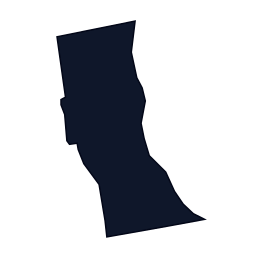 the district of Seneca, New York, United States of America, rotated 352°
{"feature_id": "52423323B61802346265036", "entity_name": "Seneca", "entity_type": "district", "adm_level": 2, "iso_a3": "USA", "parent_name": "United States of America", "parent_adm1": "New York", "projection": "orthographic", "projection_center": [-76.822, 42.783], "detail": "fine", "context": "isolated", "style": "filled", "palette": "ink", "viewbox_px": 256, "rotation_deg": 352, "n_neighbors": 0, "source": "geoboundaries", "source_scale": "gbopen_adm2", "svg_char_len": 484}
<svg xmlns="http://www.w3.org/2000/svg" viewBox="0 0 256 256"><g transform="rotate(352 128 128)"><path d="M70.4,27.8L70.4,88.8L65.6,90.5L64.9,95.7L67.2,105.8L65.7,132.1L67.8,136.0L75.5,136.0L75.7,142.4L79.3,157.2L91.5,179.8L92.4,216.7L91.9,232.9L155.6,230.6L191.1,229.1L180.7,221.9L172.0,211.0L165.2,197.2L159.2,176.9L145.2,158.4L142.5,140.6L141.6,125.1L148.9,103.6L147.6,90.3L143.7,79.5L141.8,53.4L149.9,23.1L70.4,27.8Z" fill="#0f172a" stroke="#020617" stroke-width="1.5"/></g></svg>